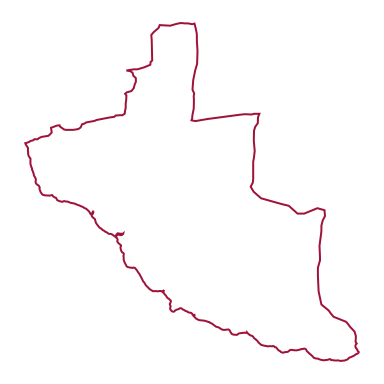 the district of South West Tanna, Tafea, Vanuatu
{"feature_id": "77236927B40431360126678", "entity_name": "South West Tanna", "entity_type": "district", "adm_level": 2, "iso_a3": "VUT", "parent_name": "Vanuatu", "parent_adm1": "Tafea", "projection": "mercator", "projection_center": [169.354, -19.575], "detail": "fine", "context": "isolated", "style": "outline", "palette": "rose", "viewbox_px": 384, "rotation_deg": 0, "n_neighbors": 0, "source": "geoboundaries", "source_scale": "gbopen_adm2", "svg_char_len": 5953}
<svg xmlns="http://www.w3.org/2000/svg" viewBox="0 0 384 384"><path d="M126.4,70.5L130.4,71.2L132.5,72.7L133.4,75.8L135.8,78.0L135.9,81.7L134.6,84.8L133.7,88.2L131.5,91.0L126.7,92.4L125.1,93.8L126.4,95.3L126.2,100.1L125.7,103.2L125.7,108.1L125.0,111.0L124.7,113.8L122.1,115.3L120.5,115.2L115.7,115.5L114.1,116.9L110.0,117.4L96.5,120.0L94.6,120.9L86.3,122.4L84.0,123.8L82.1,124.2L80.7,127.3L79.5,128.3L78.3,129.0L75.7,129.5L72.8,129.9L66.2,129.9L64.1,129.5L60.0,126.6L59.6,125.3L56.9,125.6L51.0,127.8L51.7,132.4L50.2,134.2L48.4,135.8L41.6,136.9L39.2,138.0L37.4,139.3L34.4,139.2L33.2,140.3L30.5,141.0L29.0,142.0L27.1,142.7L25.3,143.2L25.7,144.3L26.7,146.0L28.0,147.9L27.9,151.1L28.2,152.0L28.2,152.5L28.0,153.5L28.1,153.9L28.8,156.4L29.6,157.3L29.9,158.0L30.3,158.3L30.5,158.8L30.4,160.7L30.5,161.6L30.4,162.6L30.6,164.7L31.4,167.1L32.0,168.4L32.0,169.6L32.8,171.2L33.1,172.4L33.6,173.5L34.0,175.7L34.9,177.0L35.6,178.6L35.8,178.9L35.9,179.8L35.6,181.3L35.6,182.3L35.9,183.1L36.6,184.2L38.5,185.5L38.9,185.8L39.2,186.5L39.4,186.8L39.7,187.5L39.5,188.5L39.5,188.9L40.7,192.3L41.7,193.6L42.0,194.2L42.9,194.8L45.2,195.4L46.0,195.4L49.5,195.6L50.5,195.5L52.0,195.0L52.5,195.4L52.9,196.1L53.4,196.6L55.0,197.5L55.9,197.8L56.2,198.1L57.1,200.0L58.9,201.0L62.1,201.8L62.7,201.7L63.6,201.2L64.4,201.1L65.7,201.5L66.8,201.5L68.0,201.7L70.5,202.8L73.9,203.4L74.3,203.6L75.2,203.8L76.6,204.5L79.8,205.6L80.6,206.1L82.8,206.9L84.5,208.1L86.1,208.7L88.6,211.0L89.3,211.8L90.7,214.2L91.1,214.3L91.3,214.3L91.8,213.7L93.0,211.5L93.2,210.7L93.3,212.4L92.8,213.8L91.8,215.1L91.7,215.7L91.9,216.3L93.1,217.7L94.7,218.9L95.0,219.4L95.8,222.5L96.6,223.9L99.5,227.6L100.0,228.0L101.3,228.6L102.0,229.5L102.5,229.8L102.9,230.2L104.2,230.8L105.4,231.8L106.7,232.3L108.1,233.4L108.7,233.7L109.4,233.9L110.6,233.9L111.4,234.1L112.4,234.6L114.5,236.2L115.2,236.3L115.8,235.8L116.7,234.2L117.7,233.3L120.2,233.7L122.5,233.8L122.8,233.7L123.3,233.3L123.2,233.8L123.1,234.0L122.2,234.6L121.9,235.0L121.6,235.1L120.3,235.1L117.8,234.5L116.9,235.3L116.3,236.4L115.8,236.8L115.6,237.0L115.8,237.4L116.5,237.8L117.0,238.3L117.6,239.3L117.6,240.0L117.4,240.3L117.3,241.4L117.8,242.4L119.3,243.9L120.3,244.7L121.0,245.4L121.0,245.8L120.5,247.1L120.7,249.0L121.1,250.4L121.8,251.9L122.3,252.4L123.2,252.9L123.8,253.8L123.8,254.6L123.6,255.1L123.4,256.1L123.7,257.2L123.7,259.8L124.4,262.0L126.6,266.2L127.0,266.7L128.0,267.1L130.1,267.6L131.4,267.7L132.7,267.9L133.1,267.6L133.6,267.6L134.9,267.9L135.6,268.7L136.0,269.3L136.8,270.1L138.1,272.3L139.7,274.4L140.0,275.2L141.0,276.9L143.3,281.6L144.2,282.4L145.8,285.2L149.6,289.1L151.8,290.5L152.1,290.6L152.7,291.1L153.3,291.2L156.7,291.1L157.3,291.3L158.3,291.3L159.4,291.0L161.0,291.0L161.5,291.2L162.5,291.2L163.4,290.7L164.0,290.0L163.7,291.2L162.8,291.8L162.7,292.2L163.7,292.9L164.7,294.3L165.9,295.6L167.2,297.6L167.7,298.1L168.4,298.6L168.9,298.7L169.1,298.9L169.8,299.8L170.7,300.5L170.9,301.0L170.8,301.9L169.8,304.0L169.9,304.7L170.6,306.0L170.5,307.0L170.3,307.4L170.1,308.4L170.5,309.7L171.8,311.2L172.7,311.6L173.6,311.7L174.4,311.4L174.8,310.7L176.0,310.0L177.4,309.4L178.5,309.2L179.9,308.3L180.7,308.2L181.4,308.4L181.8,308.6L182.7,309.4L184.5,310.2L185.5,311.0L187.3,311.5L188.0,312.2L189.0,312.5L191.2,312.9L191.5,313.1L192.0,313.6L192.3,314.0L192.6,314.8L192.8,314.9L193.9,314.9L195.3,314.7L194.4,315.1L193.6,315.2L193.4,315.4L193.5,316.0L194.3,316.6L194.6,317.1L195.1,317.5L195.8,318.4L198.5,319.9L199.7,320.2L204.6,320.7L207.8,321.7L208.2,322.0L209.2,322.0L210.2,322.9L211.8,323.5L215.9,326.6L218.5,327.4L219.5,327.9L221.1,329.1L222.9,329.8L224.7,329.9L227.6,329.5L228.6,329.5L229.5,330.1L230.6,332.2L231.2,333.0L231.5,333.7L232.4,334.3L233.2,334.5L235.3,334.8L236.8,334.8L237.4,334.7L237.9,334.1L238.6,333.6L239.7,333.3L244.3,332.7L246.2,332.8L246.6,332.6L246.8,332.2L247.3,333.1L248.3,333.7L249.2,334.6L250.5,335.4L251.8,335.8L252.5,336.1L253.5,337.2L253.8,337.9L254.6,338.6L255.6,339.2L256.1,339.8L257.4,340.9L258.7,342.7L259.6,343.4L260.8,344.6L261.9,345.1L263.9,345.6L268.1,346.4L269.6,346.1L272.2,346.3L273.0,346.0L273.6,346.1L273.9,346.2L274.8,347.1L275.6,347.3L276.2,347.5L278.5,350.3L280.2,351.2L280.9,352.0L282.4,352.6L283.2,352.7L283.7,352.6L284.3,352.2L284.6,352.2L287.5,351.9L288.5,351.4L289.8,350.2L290.6,349.9L291.8,349.9L294.7,350.3L296.7,350.3L298.6,350.0L299.8,349.6L300.6,349.4L301.2,349.1L302.8,349.0L304.0,348.6L304.7,348.7L305.5,349.0L306.3,349.9L306.8,351.0L307.0,351.3L308.9,353.0L309.6,353.8L310.5,354.4L312.9,356.6L313.7,357.7L315.9,358.5L317.9,358.6L318.8,359.1L320.9,359.8L323.5,360.3L327.8,359.8L328.7,359.4L330.1,359.1L330.4,359.2L330.9,359.9L331.9,360.1L332.8,360.1L334.5,360.5L338.3,360.4L340.9,361.0L341.2,360.9L341.8,360.7L344.0,360.7L347.4,359.5L348.1,358.8L349.2,357.8L350.5,357.2L351.2,357.0L353.4,356.0L354.4,355.4L355.8,354.3L357.6,353.6L358.3,353.0L358.7,352.5L358.7,351.9L357.8,351.0L356.6,348.6L356.1,348.3L355.5,347.0L355.4,345.6L356.0,344.2L356.7,343.6L355.6,341.8L355.9,336.1L354.5,331.5L350.2,327.0L347.7,323.6L346.1,321.8L333.6,316.8L330.9,313.6L328.8,310.6L321.4,304.5L318.6,291.3L317.9,275.7L317.9,267.7L320.0,260.4L320.0,257.5L319.5,245.9L321.1,233.6L321.4,230.9L321.4,225.7L322.7,220.5L325.0,216.1L324.5,210.2L317.4,208.2L304.2,213.6L297.5,213.6L288.8,205.8L281.8,204.1L261.1,198.3L253.6,191.7L250.7,186.7L252.8,182.6L253.2,179.1L253.2,161.8L253.9,157.9L254.7,151.0L253.8,140.8L254.0,130.8L255.2,126.8L257.8,123.2L258.0,117.3L259.4,113.8L253.9,113.8L251.9,114.5L244.8,114.2L240.1,114.7L207.5,119.0L195.4,121.1L191.5,120.3L192.2,118.3L192.3,116.2L192.7,113.7L193.7,108.9L193.9,102.9L193.9,99.1L193.7,96.2L194.2,93.6L192.5,89.6L193.2,80.3L195.2,70.4L197.1,63.9L197.5,50.8L196.9,41.2L196.8,33.8L195.9,29.2L194.5,23.6L192.2,24.2L188.2,23.4L184.9,23.4L180.9,23.0L176.8,23.8L170.2,25.7L159.7,25.1L158.6,27.9L153.6,32.2L151.3,35.0L151.7,39.9L152.2,60.5L150.6,62.0L150.3,64.8L144.2,67.3L137.5,69.3L133.8,69.3L126.4,70.5Z" fill="none" stroke="#9f1239" stroke-width="2"/></svg>